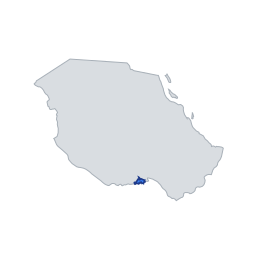 Ileje, Mbeya, United Republic of Tanzania (highlighted), rotated 327°
{"feature_id": "72390352B17520994539919", "entity_name": "Ileje", "entity_type": "district", "adm_level": 2, "iso_a3": "TZA", "parent_name": "United Republic of Tanzania", "parent_adm1": "Mbeya", "projection": "equal_earth", "projection_center": [33.35, -9.39], "detail": "fine", "context": "in_parent", "style": "filled", "palette": "blue", "viewbox_px": 256, "rotation_deg": 327, "n_neighbors": 0, "source": "geoboundaries", "source_scale": "gbopen_adm2", "svg_char_len": 5740}
<svg xmlns="http://www.w3.org/2000/svg" viewBox="0 0 256 256"><g transform="rotate(327 128 128)"><path d="M103.8,179.2L101.8,177.7L99.9,176.9L98.4,175.9L97.8,175.0L96.3,174.6L95.1,174.5L94.0,173.6L91.7,173.3L91.4,172.7L91.4,171.4L91.0,171.1L90.1,170.8L89.2,170.8L88.7,171.0L88.3,170.9L87.6,170.1L86.9,169.1L86.6,167.6L85.6,166.6L84.3,165.8L80.9,165.9L80.4,165.7L79.6,164.9L78.7,163.6L77.9,162.1L77.2,160.1L76.5,157.4L72.6,146.7L72.2,144.7L71.4,142.4L70.2,139.6L68.9,137.6L67.1,135.7L65.0,133.9L63.9,132.6L61.8,127.5L61.4,125.2L61.1,122.7L61.2,121.7L62.5,118.6L62.6,117.7L62.5,116.5L61.8,113.9L61.0,110.9L59.3,105.3L59.1,103.9L59.1,102.8L60.1,97.1L60.0,96.4L63.9,96.5L66.8,94.0L69.3,90.3L69.8,88.7L70.8,86.3L71.8,85.1L72.2,84.3L72.7,81.9L74.0,80.3L75.3,79.1L75.0,78.2L75.2,77.9L75.9,77.3L77.3,76.7L77.5,75.4L77.5,74.0L77.3,73.2L77.3,72.3L77.1,71.8L76.2,71.7L74.9,71.0L73.8,70.7L73.1,70.3L72.8,70.0L72.7,69.1L73.3,67.0L72.7,66.1L74.1,62.5L74.3,62.0L74.8,62.0L75.6,61.6L76.3,61.4L76.9,61.5L77.3,61.4L77.7,61.0L78.0,59.8L78.3,57.7L78.2,56.1L77.6,54.8L77.4,52.8L77.7,50.2L77.5,48.0L76.9,46.2L76.2,45.2L75.3,44.7L73.7,42.0L73.3,40.7L73.3,39.9L73.9,39.6L74.9,39.7L75.8,39.4L76.6,38.7L77.5,38.5L77.9,38.6L116.9,38.6L162.5,72.8L162.7,73.2L163.1,76.2L163.0,77.2L162.3,78.9L162.1,79.8L162.1,80.4L162.2,80.6L162.8,80.7L163.3,81.1L163.5,81.5L163.9,82.7L164.4,83.4L181.7,100.2L182.1,100.4L181.8,101.8L180.8,105.2L180.8,106.7L180.4,108.3L180.0,109.4L179.0,114.2L178.2,116.0L177.0,120.3L176.8,123.5L177.4,125.7L177.7,127.8L179.0,129.9L180.0,130.6L180.8,131.6L182.0,133.8L182.8,135.9L185.0,137.0L185.9,139.4L185.6,141.1L184.5,142.5L183.5,144.7L182.7,147.7L182.7,152.2L183.2,151.5L184.4,152.6L184.6,155.9L183.3,159.8L182.9,161.6L182.8,163.1L183.7,167.7L185.1,170.1L185.0,170.8L184.6,171.4L186.9,175.6L186.7,179.2L187.6,182.0L187.9,184.5L188.5,186.3L188.6,187.6L187.9,189.0L189.6,189.4L190.6,190.6L191.0,191.7L192.3,191.6L192.9,192.4L193.9,193.0L196.0,194.9L196.6,195.9L196.9,196.8L191.0,202.7L188.9,204.2L187.4,204.9L185.8,205.3L184.2,206.2L182.8,207.7L180.9,208.4L178.6,208.4L176.2,209.5L172.5,212.5L170.3,210.8L168.6,210.3L166.7,210.3L165.5,210.5L165.0,210.9L164.6,211.9L164.3,213.7L163.0,215.3L160.8,216.9L158.7,217.4L156.8,217.0L155.5,216.4L154.8,215.5L153.8,215.1L152.5,215.1L151.3,215.8L150.1,217.0L148.1,217.5L145.5,217.4L144.1,216.8L143.9,215.8L142.8,214.6L140.7,213.2L139.1,213.2L138.1,214.5L137.2,215.3L136.4,215.6L135.7,215.7L134.6,215.3L131.7,215.2L128.9,215.2L128.7,213.3L128.1,212.2L127.6,211.5L126.7,211.3L126.4,210.8L126.1,209.6L125.6,208.6L125.0,207.8L124.6,207.0L124.5,206.3L124.6,205.5L125.2,203.5L125.4,202.2L125.3,200.8L125.0,199.4L124.3,197.8L124.4,197.3L124.2,196.1L124.2,195.3L124.3,194.3L124.2,193.0L123.6,190.2L123.6,189.5L123.0,188.2L121.2,185.0L121.1,184.6L118.2,181.3L117.1,180.6L116.7,181.2L116.5,181.8L116.6,182.8L116.6,183.3L116.4,183.6L115.8,183.5L115.3,183.4L114.2,182.6L113.4,182.3L111.3,182.5L110.6,182.7L110.0,182.5L108.9,181.0L107.6,180.7L106.4,180.6L104.4,179.0L103.8,179.2ZM185.4,125.2L186.3,128.8L186.2,129.4L185.5,129.9L185.2,129.9L184.8,129.3L184.5,128.1L184.0,128.4L183.1,127.0L182.2,126.9L181.5,125.2L181.8,123.7L181.6,121.1L182.6,119.8L183.1,117.7L183.7,119.1L183.8,121.5L184.6,124.2L185.4,125.2ZM190.1,104.0L190.1,104.8L189.9,105.6L190.0,108.2L189.9,109.8L189.2,112.2L188.6,113.0L188.1,112.8L187.6,112.4L187.3,111.7L188.0,107.5L187.7,104.3L189.0,104.6L190.1,104.0ZM187.9,155.3L187.2,155.5L187.0,155.3L186.6,154.6L187.3,154.0L188.0,152.9L189.6,151.2L190.4,149.9L190.2,151.2L189.3,154.1L188.5,154.2L187.9,155.3Z" fill="#d9dde1" stroke="#a8b0b8" stroke-width="1"/><path d="M113.1,180.1L112.9,179.9L112.7,179.9L112.4,179.7L112.4,179.4L112.3,179.2L112.1,178.8L112.0,178.7L111.9,178.5L111.8,178.4L111.7,178.4L111.7,178.2L111.5,177.9L111.3,177.9L111.2,177.8L111.2,177.7L111.2,177.8L111.1,177.7L110.9,177.5L110.7,177.5L110.7,177.4L110.6,177.1L110.5,176.6L110.4,176.6L110.4,176.4L110.5,176.3L110.5,176.2L110.5,175.9L110.4,175.7L110.3,175.4L110.3,175.2L110.2,175.0L110.1,175.4L110.1,175.6L110.1,175.8L110.1,176.2L110.1,176.4L110.1,176.6L110.1,176.8L110.1,177.1L110.1,177.3L110.1,177.5L110.0,177.9L109.9,177.9L109.7,177.8L109.5,177.7L109.4,177.5L109.4,177.4L109.4,177.2L109.2,177.1L109.0,176.9L108.9,176.8L108.8,176.7L108.8,176.4L108.7,176.4L108.3,176.3L108.2,176.4L108.1,176.5L107.9,176.5L107.7,176.7L107.6,176.8L107.6,177.0L107.4,177.3L107.2,177.3L106.9,177.3L106.7,177.3L106.4,177.2L106.2,177.5L105.8,177.6L105.7,177.7L105.7,177.8L105.6,178.0L105.4,178.1L105.2,177.9L105.2,177.7L104.9,177.6L104.7,177.6L104.4,177.5L104.3,177.4L104.1,177.2L103.8,177.1L103.7,177.1L103.7,177.4L103.6,177.7L103.4,177.7L103.3,177.8L103.2,178.0L103.2,178.4L103.2,178.5L103.4,178.5L103.4,178.9L103.5,178.9L103.6,178.7L103.9,179.1L104.0,179.1L104.3,179.0L104.5,178.8L104.7,178.5L104.8,178.5L105.0,178.9L105.1,179.0L105.3,179.2L105.3,179.3L105.5,179.4L105.5,179.5L105.8,179.8L106.0,179.9L106.0,180.0L106.3,180.2L106.3,180.3L106.4,180.5L106.5,180.4L106.5,180.5L106.8,180.6L107.0,180.6L107.2,180.8L107.3,180.8L107.4,180.7L107.5,180.7L107.8,180.5L108.0,180.6L108.3,180.6L108.4,180.4L108.5,180.5L108.6,180.4L108.6,180.5L108.8,180.4L108.9,180.5L109.0,180.7L109.0,180.8L109.2,181.0L109.3,181.1L109.5,181.1L109.5,181.3L109.6,181.2L109.6,181.3L109.7,181.5L109.8,181.6L110.0,182.0L110.0,182.3L110.2,182.5L110.3,182.6L110.5,182.6L110.8,182.7L111.0,182.7L111.0,182.8L111.1,182.7L111.3,182.6L111.5,182.5L111.5,182.4L111.6,182.2L111.8,182.2L112.0,182.0L112.3,182.2L112.4,182.3L112.5,182.3L112.8,182.4L112.9,182.5L113.0,182.5L113.1,182.1L113.1,181.9L113.0,181.5L113.2,181.4L113.3,181.3L113.2,181.3L113.1,181.2L113.2,180.9L113.3,180.8L113.3,180.7L113.2,180.7L113.1,180.3L113.1,180.2L113.1,180.1Z" fill="#3b82f6" stroke="#1e3a8a" stroke-width="1.5"/></g></svg>